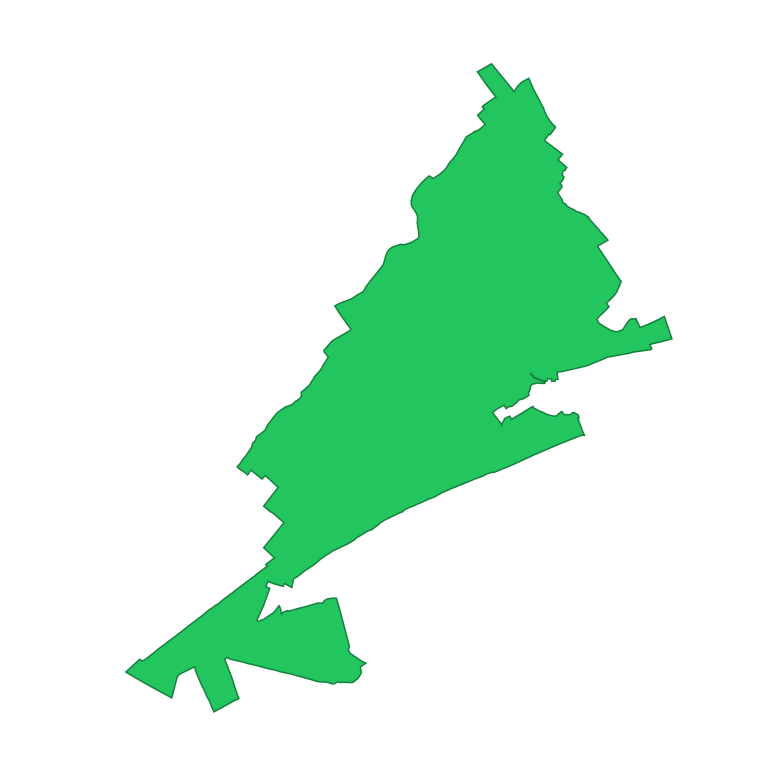 the district of Stefan Cel Mare, Vaslui, Romania, rotated 83°
{"feature_id": "2599482B71455353964024", "entity_name": "Stefan Cel Mare", "entity_type": "district", "adm_level": 2, "iso_a3": "ROU", "parent_name": "Romania", "parent_adm1": "Vaslui", "projection": "orthographic", "projection_center": [27.601, 46.727], "detail": "fine", "context": "isolated", "style": "filled", "palette": "green", "viewbox_px": 768, "rotation_deg": 83, "n_neighbors": 0, "source": "geoboundaries", "source_scale": "gbopen_adm2", "svg_char_len": 6164}
<svg xmlns="http://www.w3.org/2000/svg" viewBox="0 0 768 768"><g transform="rotate(83 384 384)"><path d="M678.6,566.4L667.4,568.9L657.8,570.6L637.7,575.6L637.0,574.2L636.3,571.8L637.7,571.3L638.3,570.3L643.2,556.9L644.6,554.0L647.1,546.8L651.2,536.8L655.3,525.7L657.0,521.9L660.4,512.0L669.2,490.8L671.0,486.8L671.8,483.9L672.9,477.4L675.0,472.5L675.5,471.2L675.5,470.1L674.1,466.2L675.1,463.6L675.0,461.4L676.4,452.6L676.4,451.3L673.5,446.4L669.3,442.5L667.9,441.8L666.0,441.7L661.9,442.0L658.8,436.0L656.3,440.0L647.2,450.5L644.0,451.7L642.6,451.4L640.3,450.3L602.1,455.5L590.7,457.4L590.3,461.5L590.4,466.1L591.0,468.2L592.0,469.9L593.3,470.6L593.8,471.2L593.9,472.4L593.4,475.4L593.6,477.9L595.4,488.6L596.5,497.6L597.5,503.6L597.7,506.9L597.2,507.1L598.0,510.8L598.6,512.2L599.9,513.9L594.8,514.0L591.8,514.9L591.2,515.3L594.7,518.5L597.5,521.6L601.3,529.0L602.9,532.2L604.3,537.5L603.0,539.0L589.9,530.9L572.9,522.3L570.7,526.1L565.8,523.2L568.7,517.9L572.6,508.8L569.8,507.2L574.8,500.3L566.4,497.5L564.3,492.8L559.8,485.4L554.9,475.6L549.5,467.3L546.7,461.8L543.3,454.6L538.3,439.6L534.9,431.9L533.8,431.1L531.8,426.5L527.9,418.0L527.0,413.6L525.0,410.5L522.9,406.3L521.7,405.4L519.4,400.6L513.9,384.7L513.1,381.1L512.0,379.8L511.1,378.1L509.7,374.4L509.2,371.6L507.9,367.1L506.9,364.7L506.9,363.2L506.3,362.0L503.8,354.0L502.2,347.4L498.9,339.6L496.3,330.8L491.1,311.5L489.3,305.6L488.9,303.0L487.2,296.4L485.6,292.3L484.8,286.7L485.2,285.7L479.8,266.1L472.5,243.3L464.7,216.4L458.8,193.5L459.1,193.2L459.5,191.3L455.3,192.6L441.6,195.8L441.3,194.5L438.9,194.9L438.2,195.1L437.5,196.1L435.5,198.9L435.4,200.0L435.9,201.1L436.6,201.8L437.1,204.3L436.2,209.1L435.9,209.5L433.3,210.4L433.0,210.7L433.3,211.8L434.1,212.8L434.9,214.6L436.1,215.7L436.8,217.3L436.4,219.8L435.3,223.1L433.5,226.9L431.0,230.3L429.8,233.1L427.1,236.6L426.6,237.9L424.4,238.9L425.3,241.2L429.8,250.9L434.6,261.8L431.3,263.0L431.8,265.5L433.3,268.8L434.6,269.3L438.2,272.0L439.1,272.3L437.2,272.9L425.6,279.8L423.0,275.6L421.6,272.5L419.6,267.6L421.3,266.7L423.3,266.0L422.2,263.4L421.6,262.7L421.6,262.0L421.9,261.1L421.6,259.4L420.5,257.9L418.1,253.8L416.6,253.0L416.0,250.2L415.5,246.9L412.9,241.6L410.4,241.6L406.8,239.5L403.9,238.7L402.8,237.9L402.2,236.2L401.7,230.7L402.3,229.0L402.7,226.9L403.0,224.5L402.2,223.8L401.6,223.9L396.2,234.3L391.9,237.3L391.5,236.8L395.4,234.1L396.2,233.3L400.0,225.8L400.9,221.9L399.0,221.5L398.8,220.5L399.2,218.3L399.7,217.2L401.7,217.2L402.0,213.8L400.6,213.2L400.6,210.8L393.4,210.8L393.3,205.3L392.9,201.2L391.0,183.3L390.3,178.4L389.8,177.4L386.1,163.7L384.6,158.9L383.4,137.4L382.7,132.3L382.4,114.6L381.8,114.1L380.7,114.2L377.3,115.6L376.7,112.1L375.9,104.3L374.3,92.7L351.1,97.5L353.4,103.4L356.8,114.1L359.0,122.1L359.4,122.9L349.6,126.1L350.3,128.3L349.4,129.5L349.3,130.6L350.3,132.4L352.0,134.4L358.9,140.2L359.4,141.1L360.5,146.2L360.2,148.1L359.1,150.3L358.3,152.5L353.2,159.3L350.3,162.7L349.3,163.4L345.9,165.0L343.3,162.3L338.2,155.4L335.3,152.0L334.8,151.2L331.1,153.4L324.5,145.0L320.7,141.5L311.0,136.0L309.4,137.2L273.2,155.3L268.5,144.2L261.7,148.7L259.6,150.4L256.9,152.0L247.0,158.8L245.2,160.2L244.5,160.1L244.4,160.8L242.8,160.9L242.1,162.4L240.8,163.4L237.2,169.5L236.4,171.4L235.1,173.4L234.6,173.9L234.3,173.9L233.2,176.0L230.5,179.9L229.5,180.7L227.5,181.8L227.2,182.1L226.5,183.7L225.9,184.5L223.0,184.6L215.0,188.4L213.4,186.5L210.9,184.1L209.7,183.2L208.0,183.7L206.6,184.9L203.4,181.8L201.7,180.9L201.1,180.3L200.5,180.2L198.1,181.7L197.7,181.7L196.8,181.0L195.1,180.9L194.1,179.8L194.1,178.1L193.7,177.7L192.7,177.9L192.2,177.0L191.3,176.2L182.9,183.8L181.0,182.2L177.7,178.8L161.9,195.1L161.5,195.1L160.5,193.9L156.0,189.6L156.8,188.7L156.0,188.1L155.7,187.6L150.3,182.6L149.5,182.7L146.1,185.4L140.6,188.6L138.0,189.8L133.5,191.2L129.7,192.0L125.8,193.7L121.1,195.2L109.7,199.7L107.6,200.4L106.9,200.3L104.3,201.3L98.2,203.0L101.0,210.1L102.3,212.1L105.1,215.4L108.1,218.0L109.7,219.1L79.3,238.3L85.5,253.3L99.8,245.6L112.8,238.0L113.1,239.0L114.7,241.7L115.8,244.1L120.0,251.8L121.0,252.7L123.2,250.8L128.5,258.3L133.0,255.8L138.7,251.9L142.6,257.7L143.6,259.6L144.4,263.2L147.8,269.8L148.0,270.7L149.0,272.4L153.3,275.6L158.5,279.7L165.3,284.5L168.5,287.6L172.0,291.7L177.5,296.1L179.9,299.0L182.5,303.0L186.1,310.1L183.6,312.8L183.0,314.0L183.3,314.5L185.5,317.7L189.7,323.1L195.5,329.0L200.3,332.7L205.2,334.6L208.6,335.0L210.7,334.8L215.4,332.5L218.9,331.0L221.0,330.4L223.7,330.5L228.3,331.4L236.2,331.1L242.6,331.4L243.2,332.0L244.2,333.6L246.6,338.9L248.2,346.1L248.2,347.3L247.4,350.2L247.4,350.9L249.0,358.3L249.4,359.6L251.2,362.5L253.2,364.4L256.2,366.3L264.9,369.9L268.8,373.4L279.3,384.3L286.0,390.8L287.8,391.7L290.0,393.7L292.3,399.6L294.8,404.3L296.1,407.7L297.5,414.1L299.1,420.0L300.5,423.2L307.4,420.1L325.7,410.2L326.7,411.4L329.0,416.2L333.3,426.8L334.6,429.3L336.0,431.5L343.4,439.6L344.9,439.5L347.8,437.5L350.8,436.0L351.5,436.9L354.8,439.4L357.4,441.7L362.6,445.5L364.6,448.0L368.2,452.0L370.4,453.5L373.8,456.5L375.9,457.8L378.4,461.8L379.5,462.9L381.9,466.9L383.1,467.4L384.9,467.2L387.5,468.3L389.1,471.0L390.3,473.7L393.0,477.3L393.7,479.4L394.7,484.4L398.4,491.5L400.2,494.2L403.2,497.4L406.9,500.9L410.2,504.3L415.0,507.5L416.2,508.7L416.6,509.8L417.3,510.6L419.8,515.3L421.3,517.4L422.4,517.4L423.9,518.3L425.1,519.2L426.5,521.5L430.4,523.1L431.5,523.8L438.1,529.6L441.8,533.4L444.9,536.0L448.2,539.8L448.9,539.5L451.4,537.1L455.3,532.5L457.6,530.5L455.9,528.7L454.3,527.8L453.3,526.6L463.5,516.6L460.4,513.0L473.7,501.6L490.6,518.4L497.3,512.0L497.3,511.2L509.5,500.1L531.8,523.4L543.2,513.9L548.7,523.3L550.4,522.0L551.5,523.6L557.2,533.7L558.6,535.4L561.0,539.9L575.8,565.2L579.0,570.9L580.6,573.2L581.1,573.5L583.0,577.7L587.8,586.6L591.5,592.3L598.7,604.8L606.7,618.0L619.9,640.9L622.7,645.2L628.6,655.1L629.1,656.9L629.1,657.9L628.8,658.5L627.5,660.1L638.4,675.3L642.9,669.7L655.5,652.8L669.7,632.9L650.6,625.4L648.2,623.8L647.5,622.8L646.7,621.1L641.6,606.4L641.7,606.2L643.0,606.3L647.3,605.6L651.3,604.5L662.2,601.3L664.4,600.2L671.9,598.1L678.3,595.6L682.3,594.7L688.7,592.7L680.1,571.2L678.6,566.4Z" fill="#22c55e" stroke="#15803d" stroke-width="1.5"/></g></svg>